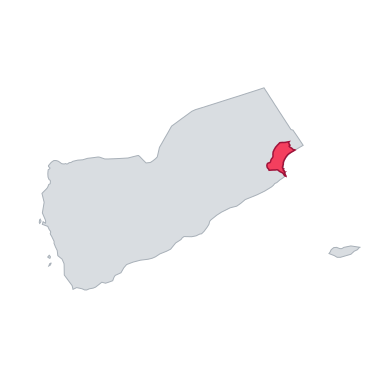 Al Ghaydhah, Al Mahrah, Yemen (highlighted), rotated 350°
{"feature_id": "15242507B66245697923351", "entity_name": "Al Ghaydhah", "entity_type": "district", "adm_level": 2, "iso_a3": "YEM", "parent_name": "Yemen", "parent_adm1": "Al Mahrah", "projection": "orthographic", "projection_center": [52.126, 16.264], "detail": "fine", "context": "in_parent", "style": "filled", "palette": "rose", "viewbox_px": 384, "rotation_deg": 350, "n_neighbors": 0, "source": "geoboundaries", "source_scale": "gbopen_adm2", "svg_char_len": 6623}
<svg xmlns="http://www.w3.org/2000/svg" viewBox="0 0 384 384"><g transform="rotate(350 192 192)"><path d="M309.6,165.3L296.6,170.1L293.1,172.3L290.0,174.9L287.7,178.2L286.0,184.0L287.3,189.3L287.2,192.2L283.8,194.0L280.6,195.4L277.1,197.5L275.0,198.0L273.2,199.6L271.2,200.8L263.8,203.7L255.8,206.0L243.1,208.7L238.1,211.6L233.6,213.7L226.8,214.2L217.4,217.0L212.2,219.2L205.7,222.8L204.3,224.0L203.1,226.7L201.1,229.0L197.1,232.8L194.2,234.8L192.2,234.8L188.4,235.9L183.9,236.0L176.4,234.5L174.5,235.4L172.9,236.9L167.0,239.4L161.0,244.6L156.7,245.9L149.6,247.4L144.7,249.5L141.4,250.3L137.2,250.6L129.4,250.2L121.9,250.8L115.0,252.1L111.7,254.8L108.0,259.2L101.9,260.8L100.4,262.4L98.5,265.6L94.6,266.3L91.0,266.8L87.5,265.2L80.6,268.9L78.0,269.5L74.1,269.5L71.3,270.2L69.4,269.9L66.9,268.2L61.8,266.1L57.9,267.2L57.7,263.4L51.8,251.6L53.4,241.6L53.5,240.2L52.4,235.6L48.8,231.4L49.1,226.2L48.0,222.4L47.2,218.5L47.5,217.5L47.6,216.6L45.9,210.6L45.3,209.4L45.2,208.2L45.8,207.3L45.9,206.2L44.9,204.3L44.0,200.8L39.0,197.9L40.2,195.4L41.1,196.3L42.4,197.2L42.8,195.5L42.8,194.3L41.0,186.6L44.6,176.5L44.0,167.3L49.0,163.8L50.2,162.8L51.0,161.8L52.2,159.8L53.8,159.2L54.4,157.0L54.4,155.9L53.4,154.9L52.8,152.3L53.2,149.0L53.5,147.7L54.2,145.2L55.9,144.4L56.3,143.7L55.1,142.0L55.2,141.1L58.2,138.6L59.4,137.9L61.2,137.1L62.7,137.2L64.3,137.7L65.7,138.5L67.1,139.9L68.6,141.5L70.9,142.2L72.5,142.1L73.7,142.8L74.8,142.5L76.1,141.8L78.1,141.9L79.9,141.1L85.0,140.8L89.9,141.3L95.0,140.7L100.1,141.0L105.3,141.2L106.4,141.4L107.5,141.9L111.8,144.3L115.1,144.9L121.7,145.8L128.8,146.7L134.9,147.4L140.2,147.0L144.5,146.7L145.7,146.8L146.9,148.3L149.4,152.0L151.8,155.4L156.1,155.7L158.9,154.5L162.0,152.8L163.9,151.4L166.2,146.0L167.7,142.4L171.0,138.5L173.7,135.2L177.4,130.8L179.4,128.4L183.3,123.6L187.0,121.8L194.2,118.2L201.2,114.8L205.8,112.5L209.7,111.5L216.2,110.7L223.8,109.7L231.4,108.7L239.5,107.6L248.5,106.4L254.7,105.6L262.6,104.5L269.2,103.6L275.0,102.8L281.0,101.9L282.1,104.6L283.3,107.3L284.4,110.0L285.5,112.7L286.7,115.4L287.8,118.1L288.9,120.8L290.1,123.5L291.2,126.2L292.3,128.9L293.5,131.6L294.6,134.3L295.8,137.0L296.9,139.7L298.1,142.4L299.2,145.1L300.3,147.7L302.2,148.6L303.3,151.1L304.9,154.6L306.5,158.2L308.0,161.7L309.6,165.3ZM327.9,273.5L329.6,273.8L332.0,272.9L339.1,272.7L347.7,275.6L346.1,276.4L345.1,277.5L341.4,278.5L337.7,280.9L326.8,282.1L323.6,281.5L321.0,279.3L316.2,276.4L318.1,274.5L318.5,273.7L319.2,272.9L321.9,271.4L324.7,271.6L327.9,273.5ZM41.0,232.1L40.6,232.6L40.1,232.5L38.6,231.0L40.4,229.5L41.3,231.0L41.0,232.1ZM37.4,195.9L36.5,196.5L36.3,195.4L37.0,193.1L37.8,192.4L38.3,194.2L37.9,195.1L37.4,195.9ZM39.9,239.3L38.1,240.0L39.4,237.9L40.6,237.5L40.9,237.6L39.9,239.3Z" fill="#d9dde1" stroke="#a8b0b8" stroke-width="1"/><path d="M279.0,166.5L278.9,166.6L278.8,166.8L278.8,167.0L278.7,167.3L278.6,167.5L278.5,167.9L278.4,168.4L278.3,168.8L278.2,169.0L278.2,169.3L278.2,169.5L278.1,169.9L278.1,170.5L278.0,170.8L277.9,171.0L277.8,171.3L277.7,171.5L277.4,172.0L277.2,172.2L276.9,172.5L276.5,172.8L276.2,173.1L275.8,173.5L275.4,174.0L275.3,174.3L275.1,174.7L274.8,175.3L274.6,175.6L274.5,175.9L274.3,176.1L274.1,176.3L273.9,176.5L273.6,176.6L273.0,176.6L272.6,176.7L272.3,176.7L272.0,176.8L271.8,176.8L271.6,176.9L271.2,177.2L271.0,177.5L270.8,177.7L270.6,178.2L270.3,179.1L270.3,179.3L270.3,180.5L270.4,181.0L270.5,181.3L271.2,182.4L271.4,182.7L271.4,182.8L271.5,182.9L271.5,183.0L271.6,183.3L271.6,183.6L271.6,183.8L271.7,184.0L271.8,184.0L272.3,184.0L272.8,184.1L273.4,184.2L273.5,184.2L273.8,184.2L274.2,184.2L274.4,184.3L274.6,184.3L274.8,184.3L275.3,184.4L275.6,184.4L275.9,184.5L276.2,184.5L276.3,184.5L276.9,184.6L277.1,184.7L277.3,184.7L277.6,184.7L278.0,184.8L278.7,184.8L279.1,184.8L279.7,184.9L279.9,185.0L280.2,185.2L280.6,185.5L280.8,185.6L281.0,186.0L281.3,186.4L281.8,186.9L282.1,187.1L282.3,187.4L282.6,187.6L282.9,187.8L283.6,188.2L283.9,188.5L284.2,188.7L284.4,188.9L284.6,189.0L284.9,189.6L285.1,189.9L285.3,190.3L285.4,190.6L285.5,190.8L285.6,191.2L285.8,191.6L285.9,191.8L286.0,191.9L286.2,192.1L286.4,192.2L286.6,192.4L286.7,192.5L287.0,192.6L287.3,192.8L287.3,192.6L287.2,192.4L287.2,192.1L287.0,191.9L287.0,191.7L286.9,191.4L286.9,191.1L286.8,190.9L286.7,190.8L286.7,190.7L286.6,190.4L286.6,190.2L286.5,189.8L286.5,189.7L286.5,189.4L286.4,189.4L286.4,189.2L286.5,188.9L286.8,188.7L286.7,188.7L286.6,188.4L286.7,188.2L286.5,187.9L286.5,187.7L286.6,187.8L286.7,187.7L286.8,187.8L286.7,187.7L286.5,187.4L286.4,187.3L286.4,187.2L286.2,187.1L285.8,186.9L285.7,186.8L285.7,186.7L285.7,186.4L285.7,186.2L285.7,185.9L285.7,185.7L285.8,185.6L285.7,185.6L285.7,185.4L285.8,185.4L285.9,185.2L285.7,185.0L285.5,185.3L285.4,185.3L285.5,185.3L285.7,185.1L285.8,185.0L285.9,184.9L285.7,184.8L285.6,184.7L285.4,184.5L285.4,184.4L285.4,184.2L285.3,183.9L285.3,183.7L285.4,183.4L285.4,183.2L285.5,183.0L285.5,182.9L285.7,182.7L285.9,182.3L285.9,182.2L286.0,181.9L286.1,181.6L286.2,181.3L286.4,181.2L286.6,180.8L286.6,180.7L286.7,180.4L286.8,180.3L286.8,180.1L286.8,179.6L286.8,179.4L286.9,179.0L287.0,178.8L287.2,178.6L287.3,178.3L287.3,178.2L287.6,177.7L287.7,177.4L287.9,177.2L288.2,176.8L288.3,176.6L288.5,176.3L288.8,175.9L289.1,175.5L289.4,175.3L289.7,174.9L290.1,174.4L290.6,173.8L291.3,173.1L291.9,172.6L292.3,172.2L292.6,171.9L293.2,171.6L293.7,171.3L294.2,171.0L295.1,170.7L296.0,170.3L296.8,170.0L297.2,169.8L297.7,169.7L298.4,169.4L299.1,169.2L299.4,169.1L299.5,169.0L299.8,168.9L300.1,168.8L300.5,168.6L300.8,168.5L300.5,168.2L300.4,168.2L300.1,168.3L299.9,168.3L299.7,168.3L299.5,168.2L299.4,168.1L299.1,167.7L298.9,167.6L298.7,167.4L298.5,167.1L298.2,166.7L297.8,166.2L297.7,166.0L297.5,165.9L297.4,165.8L296.9,165.4L296.5,165.1L296.2,164.7L295.9,164.4L295.7,164.1L295.6,163.9L295.6,163.7L295.9,163.4L296.4,163.1L296.6,163.0L296.6,162.9L296.6,162.7L296.3,162.2L296.1,162.0L296.0,161.8L296.0,161.6L296.0,161.3L296.0,161.2L295.8,160.5L295.7,160.4L295.8,160.1L295.9,159.9L296.1,159.7L296.3,159.5L296.5,159.3L296.2,159.3L295.8,159.3L295.2,159.3L294.6,159.3L293.5,159.3L293.4,159.3L293.1,159.3L292.9,159.3L292.7,159.4L292.3,159.3L291.9,159.3L291.6,159.2L291.4,159.2L290.7,159.1L290.3,159.1L290.2,159.0L289.8,158.9L289.5,158.9L289.2,158.8L288.9,158.8L288.3,158.8L287.8,158.7L287.5,158.7L287.4,158.7L287.2,158.7L286.8,158.8L286.7,158.9L286.2,159.3L285.8,159.6L285.5,159.8L285.3,160.0L284.7,160.4L284.2,160.7L283.9,161.0L283.4,161.4L283.0,161.7L282.5,162.1L282.0,162.6L281.9,162.6L281.4,163.3L280.7,164.1L280.3,164.5L280.2,164.7L279.9,165.2L279.8,165.4L279.7,165.6L279.4,165.8L279.1,166.3L279.0,166.5Z" fill="#f43f5e" stroke="#9f1239" stroke-width="1.5"/></g></svg>